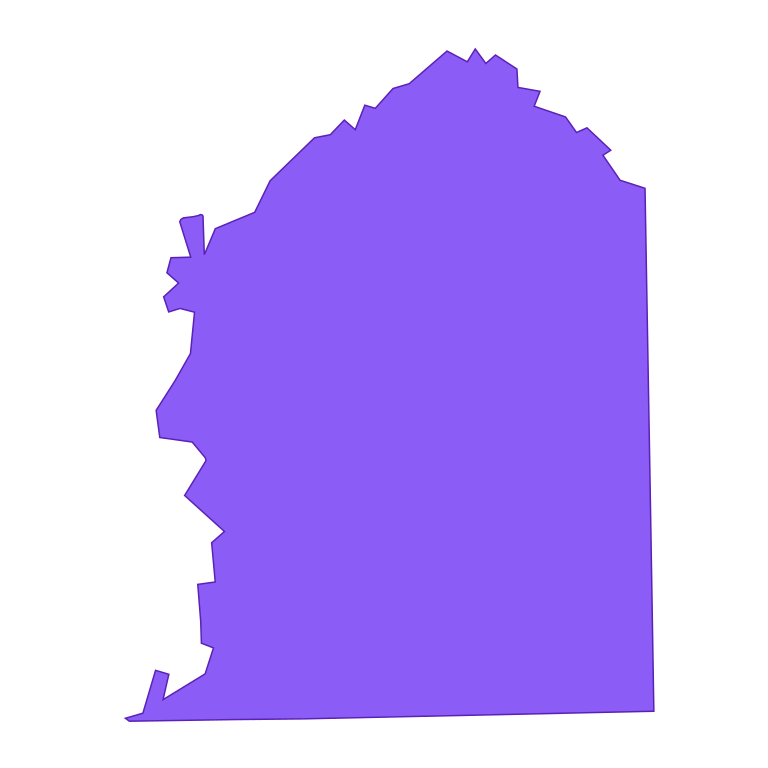 outline of Pottawatomie, Kansas, United States of America, rotated 89°
{"feature_id": "52423323B67530178670181", "entity_name": "Pottawatomie", "entity_type": "district", "adm_level": 2, "iso_a3": "USA", "parent_name": "United States of America", "parent_adm1": "Kansas", "projection": "natural_earth1", "projection_center": [-96.445, 39.346], "detail": "fine", "context": "isolated", "style": "filled", "palette": "violet", "viewbox_px": 768, "rotation_deg": 89, "n_neighbors": 0, "source": "geoboundaries", "source_scale": "gbopen_adm2", "svg_char_len": 1024}
<svg xmlns="http://www.w3.org/2000/svg" viewBox="0 0 768 768"><g transform="rotate(89 384 384)"><path d="M520.9,119.7L192.9,119.6L184.4,144.4L159.1,161.1L154.2,153.2L131.4,176.6L135.9,187.1L120.2,197.8L108.9,229.0L94.1,222.9L89.8,244.9L71.4,245.6L57.0,266.8L65.3,276.6L50.6,286.9L63.3,295.1L52.2,315.2L84.2,353.6L88.7,369.8L108.2,387.9L104.9,398.3L129.2,408.3L119.4,419.1L133.8,433.3L136.6,449.2L178.8,494.3L210.1,510.3L225.7,549.9L251.6,561.4L215.6,562.0L213.0,562.0L211.8,562.8L211.4,564.6L212.3,566.6L213.4,571.9L214.4,581.7L215.9,584.2L218.2,585.4L253.8,575.0L254.0,594.8L269.0,599.1L279.5,587.6L293.0,602.8L308.2,598.0L304.9,586.6L308.9,572.2L350.2,577.0L376.8,592.7L406.4,612.3L433.6,609.1L438.7,576.8L454.7,563.9L457.5,563.3L492.0,585.3L528.7,546.1L539.7,559.1L579.0,556.2L581.1,573.7L618.3,571.4L640.0,571.1L644.9,559.1L670.7,567.9L695.7,610.4L670.5,604.2L666.3,617.4L708.9,630.8L713.7,648.4L716.7,644.5L716.9,540.2L717.4,470.4L715.9,119.9L520.9,119.7Z" fill="#8b5cf6" stroke="#5b21b6" stroke-width="1.5"/></g></svg>